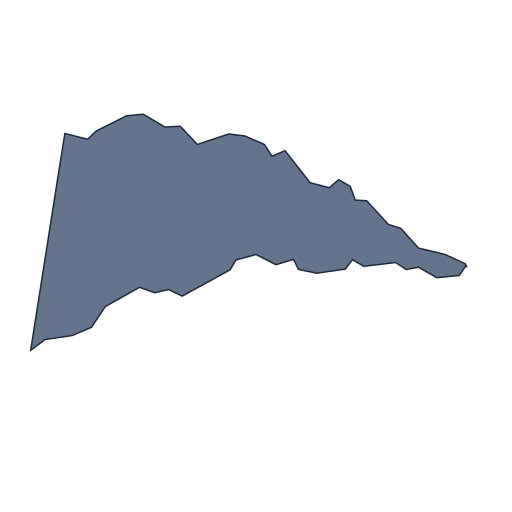 Delta, Texas, United States of America (orthographic projection), rotated 8°
{"feature_id": "52423323B91707505421918", "entity_name": "Delta", "entity_type": "district", "adm_level": 2, "iso_a3": "USA", "parent_name": "United States of America", "parent_adm1": "Texas", "projection": "orthographic", "projection_center": [-95.581, 33.357], "detail": "fine", "context": "isolated", "style": "filled", "palette": "slate", "viewbox_px": 512, "rotation_deg": 8, "n_neighbors": 0, "source": "geoboundaries", "source_scale": "gbopen_adm2", "svg_char_len": 785}
<svg xmlns="http://www.w3.org/2000/svg" viewBox="0 0 512 512"><g transform="rotate(8 256 256)"><path d="M48.8,208.6L46.0,380.7L58.7,368.1L85.1,360.3L103.0,349.5L113.9,326.9L145.1,303.2L160.8,306.5L174.1,301.4L188.5,306.0L232.3,273.3L236.6,262.8L255.8,254.5L276.9,261.8L293.7,254.1L299.9,263.4L318.5,264.6L346.3,256.5L352.0,246.2L364.2,251.2L395.2,243.0L406.7,248.5L418.3,244.5L438.1,252.3L460.0,247.0L464.5,237.9L466.0,237.1L464.5,234.7L443.2,228.2L415.8,225.5L395.5,208.5L382.6,206.3L357.9,185.9L346.5,186.8L339.6,173.9L327.2,168.9L319.1,178.2L299.4,175.9L270.1,147.7L257.9,154.9L248.8,144.4L228.4,138.7L211.9,139.0L182.4,153.7L162.9,138.0L147.8,141.0L124.7,131.3L108.4,135.1L80.2,154.6L73.1,163.8L49.7,161.3L48.8,208.6Z" fill="#64748b" stroke="#1e293b" stroke-width="1.5"/></g></svg>